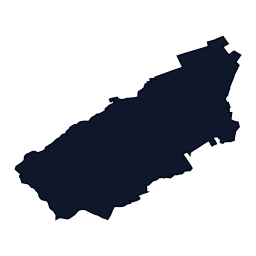 the district of Sansimion, Harghita, Romania
{"feature_id": "2599482B56401198532515", "entity_name": "Sansimion", "entity_type": "district", "adm_level": 2, "iso_a3": "ROU", "parent_name": "Romania", "parent_adm1": "Harghita", "projection": "natural_earth1", "projection_center": [25.853, 46.241], "detail": "fine", "context": "isolated", "style": "filled", "palette": "ink", "viewbox_px": 256, "rotation_deg": 0, "n_neighbors": 0, "source": "geoboundaries", "source_scale": "gbopen_adm2", "svg_char_len": 5672}
<svg xmlns="http://www.w3.org/2000/svg" viewBox="0 0 256 256"><path d="M56.1,219.3L59.3,217.4L64.6,218.1L66.9,218.6L67.7,218.7L68.2,218.6L70.3,217.5L74.9,214.2L75.6,213.4L76.4,212.3L77.1,211.6L77.8,210.9L79.4,209.7L81.1,209.4L83.4,209.2L85.6,209.6L86.4,209.9L87.1,210.3L88.2,211.0L89.1,211.5L91.1,212.3L91.8,212.7L94.2,213.8L95.1,214.1L97.1,214.7L97.6,214.8L98.3,215.0L98.8,215.3L99.3,215.6L100.8,216.6L101.7,217.1L102.7,217.5L103.4,217.9L105.3,218.3L106.6,218.8L107.6,219.4L110.0,215.6L111.1,213.1L111.8,211.1L113.4,207.8L114.1,206.4L116.8,206.3L118.8,206.4L122.0,206.3L123.1,206.1L124.0,205.8L124.9,205.2L125.4,205.0L125.8,204.8L126.2,204.4L126.7,204.2L127.0,203.9L127.5,203.6L127.9,203.5L128.5,203.5L129.8,203.2L130.4,203.3L130.5,202.4L131.0,201.8L129.8,200.6L130.5,200.2L132.1,201.7L133.0,201.5L134.1,201.1L135.1,200.9L135.7,200.3L136.3,200.5L136.8,199.9L137.4,200.1L138.4,199.6L139.7,198.7L139.4,197.6L137.0,195.9L142.8,193.4L143.5,193.1L144.1,193.0L146.7,192.3L147.5,191.9L146.2,191.6L146.0,190.7L146.5,190.4L146.5,189.9L146.5,189.5L146.5,188.8L146.4,186.3L146.2,184.9L148.2,185.0L148.6,184.8L149.6,184.0L149.8,183.5L151.3,182.4L151.0,181.8L151.8,181.5L153.7,180.5L157.2,179.4L157.4,179.3L157.7,178.9L158.6,178.0L159.3,177.3L159.6,177.4L160.3,177.3L161.0,177.5L162.0,177.3L162.7,177.3L163.0,177.4L163.7,177.8L164.6,177.6L164.9,177.4L166.3,177.1L166.8,177.3L167.1,177.4L167.8,177.3L168.9,177.3L169.0,177.4L169.4,177.4L169.8,177.8L170.1,177.7L170.4,177.6L170.5,177.5L170.9,177.4L171.0,177.4L171.0,177.1L171.4,177.0L172.1,176.3L172.1,176.1L172.2,175.9L172.5,175.7L172.7,175.9L172.9,175.7L173.0,175.7L173.0,175.4L173.3,175.4L173.4,174.9L173.5,174.7L173.9,174.7L174.0,174.6L173.6,174.3L173.7,174.0L174.0,174.2L174.5,174.5L176.3,174.6L180.1,173.8L182.2,173.6L182.5,173.4L182.6,173.2L182.5,172.9L182.6,172.7L182.8,172.6L183.1,172.3L183.5,172.2L183.4,171.9L184.0,171.2L184.9,171.0L185.3,170.8L185.5,170.6L185.9,170.3L186.0,170.4L186.0,170.5L186.5,170.9L186.7,171.0L186.9,170.9L187.1,170.7L187.3,170.3L187.6,170.0L187.8,170.0L188.1,170.2L188.2,170.3L188.6,170.6L189.1,170.5L189.4,170.7L189.6,170.7L189.7,170.3L190.3,170.1L191.0,169.6L190.7,169.0L191.9,168.3L191.6,167.4L190.2,165.3L188.8,163.2L182.6,154.1L187.2,151.7L189.9,155.1L190.0,154.3L190.7,152.0L192.3,150.9L208.6,140.4L211.2,144.0L211.0,144.3L212.1,145.8L213.7,144.8L214.8,144.3L216.4,143.7L215.0,141.0L213.3,138.7L212.6,137.8L213.1,137.5L213.3,137.2L215.6,136.8L218.8,136.5L218.7,138.0L219.8,138.1L220.2,139.0L220.5,139.8L220.6,140.1L220.6,140.8L220.4,142.0L220.5,142.4L221.3,142.8L222.6,143.0L223.2,143.0L223.2,142.9L223.2,142.7L223.2,142.3L224.5,141.9L225.4,141.5L226.0,141.6L226.4,141.6L227.0,141.4L230.2,141.1L230.2,141.5L230.7,141.4L231.1,141.2L234.2,140.1L234.1,139.0L234.3,137.2L235.3,132.3L235.5,131.5L235.9,130.6L236.2,130.2L236.8,129.6L238.8,127.2L239.1,126.8L239.1,126.5L238.2,123.6L237.9,122.3L236.9,121.9L236.3,122.0L235.6,121.9L233.9,121.2L233.1,121.1L232.6,120.8L232.2,120.5L232.0,120.3L230.5,120.1L230.8,119.7L230.8,119.2L230.9,117.8L231.4,114.8L231.6,112.7L229.1,112.7L229.1,109.1L228.0,108.8L227.0,108.3L229.9,107.4L228.3,102.9L227.4,103.7L227.4,103.1L225.0,99.5L226.3,96.2L227.5,95.4L227.4,94.9L228.5,91.5L229.5,88.5L229.0,88.4L233.8,76.4L233.5,76.2L238.7,65.6L238.9,65.4L238.2,64.5L235.7,62.2L240.6,55.1L234.1,51.2L231.2,53.3L229.1,55.2L225.6,51.1L223.9,48.6L222.9,46.7L228.1,43.7L226.9,42.1L223.0,36.6L218.6,38.4L216.9,39.1L217.1,39.4L207.6,42.2L208.2,44.7L208.4,46.4L207.3,46.9L185.2,53.5L177.4,56.0L182.9,67.4L173.3,70.6L165.8,73.4L155.6,77.0L156.0,77.7L154.8,78.1L155.2,78.7L155.5,79.4L155.7,80.3L155.3,79.8L154.0,78.9L152.5,78.6L151.2,78.7L150.0,79.1L150.2,79.9L150.6,81.5L147.2,82.1L147.4,83.6L147.4,84.0L145.3,84.0L144.5,87.0L144.3,86.9L144.1,87.4L143.8,88.8L142.8,88.9L143.0,89.5L141.2,90.0L141.4,90.7L139.0,91.2L138.9,91.7L138.7,92.0L138.2,92.6L138.3,93.3L138.1,95.8L138.3,97.4L137.3,97.5L136.5,97.4L136.5,97.7L127.3,98.6L127.0,98.4L125.8,98.8L124.3,99.5L122.1,99.6L120.3,99.5L119.6,99.3L118.2,99.3L117.5,97.5L116.2,97.6L113.4,98.3L113.0,98.3L112.9,98.2L111.3,98.6L109.5,99.3L110.4,101.6L111.1,101.5L112.1,100.9L113.5,100.6L113.9,100.6L113.8,102.3L113.7,103.2L113.7,103.4L113.7,103.5L112.7,103.9L112.1,104.1L108.7,105.8L108.2,106.6L107.7,107.1L107.1,107.7L106.3,107.8L105.3,109.1L106.3,109.5L105.4,110.8L104.4,111.3L100.4,113.6L99.2,114.0L98.3,114.5L97.3,114.1L96.2,114.8L95.6,115.5L95.0,116.0L93.3,116.7L92.4,117.5L91.8,117.7L91.2,118.0L90.8,119.0L89.2,121.0L88.3,121.6L86.6,121.4L84.5,121.3L82.5,121.6L80.8,121.9L79.2,122.5L77.9,123.8L76.9,124.7L74.9,124.7L72.4,126.0L71.2,126.7L70.1,127.4L70.0,127.8L69.3,129.2L68.0,130.0L66.6,131.6L65.8,133.1L65.3,133.8L64.2,134.4L62.9,134.4L62.7,134.5L62.2,134.9L60.7,136.4L60.0,137.5L59.6,137.8L57.5,138.8L56.5,139.5L54.9,140.9L54.0,141.9L52.9,142.9L51.6,143.9L49.9,144.9L49.5,145.0L48.0,146.2L46.6,146.7L46.2,147.0L45.8,147.3L45.7,147.7L45.5,148.5L44.3,150.4L43.7,150.7L42.6,151.2L40.4,152.0L37.9,152.9L36.7,152.4L36.0,152.0L34.6,151.5L34.2,151.5L33.5,151.6L32.8,151.6L32.3,151.7L29.9,153.0L27.0,154.2L26.5,154.5L25.8,155.0L25.1,155.9L24.7,156.7L24.4,158.3L24.5,159.5L24.4,160.1L24.2,160.5L23.4,161.3L21.5,163.0L19.7,164.2L17.2,165.8L16.2,166.6L15.4,169.2L20.9,174.2L20.4,175.5L19.8,175.9L19.7,176.7L19.8,177.1L20.6,177.6L22.0,182.5L26.2,183.3L27.9,183.7L28.3,183.9L30.2,185.4L30.4,186.0L31.2,187.0L33.2,187.6L33.8,188.0L34.4,188.4L35.1,189.0L36.1,190.6L37.5,191.7L37.8,192.4L38.7,193.6L38.9,194.4L39.1,195.0L39.0,195.8L39.8,197.1L40.1,197.8L41.0,198.7L42.0,199.5L45.5,200.4L46.7,200.5L47.8,201.6L48.3,202.6L49.1,204.8L49.4,206.4L50.1,207.8L50.9,208.9L53.3,210.4L56.3,215.0L56.1,219.3Z" fill="#0f172a" stroke="#020617" stroke-width="1.5"/></svg>